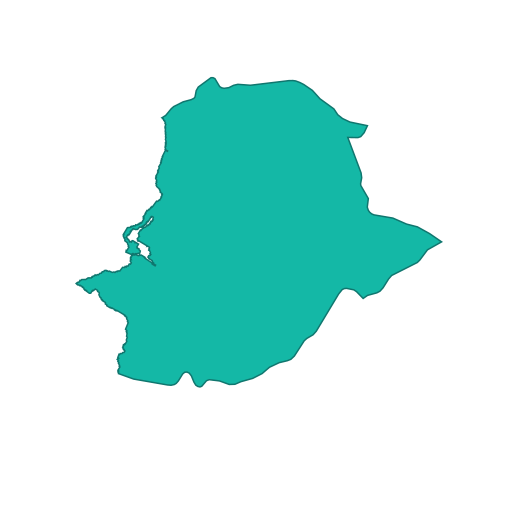 outline of La Isabela, Puerto Plata, Dominican Republic, rotated 301°
{"feature_id": "3306468B2817273614412", "entity_name": "La Isabela", "entity_type": "district", "adm_level": 2, "iso_a3": "DOM", "parent_name": "Dominican Republic", "parent_adm1": "Puerto Plata", "projection": "equal_earth", "projection_center": [-71.164, 19.801], "detail": "fine", "context": "isolated", "style": "filled", "palette": "teal", "viewbox_px": 512, "rotation_deg": 301, "n_neighbors": 0, "source": "geoboundaries", "source_scale": "gbopen_adm2", "svg_char_len": 6150}
<svg xmlns="http://www.w3.org/2000/svg" viewBox="0 0 512 512"><g transform="rotate(301 256 256)"><path d="M274.8,369.7L279.7,371.9L286.7,378.6L289.7,380.4L294.2,381.3L304.7,381.5L309.2,382.3L333.5,397.6L336.9,398.5L349.6,399.8L363.7,407.8L364.6,393.3L364.1,379.3L360.9,368.6L359.0,353.8L352.0,335.9L351.7,333.3L352.1,330.7L353.1,328.6L355.2,326.2L363.1,322.7L370.4,309.5L371.9,308.4L377.5,306.3L381.3,303.3L404.9,273.6L410.0,282.4L412.3,284.3L417.4,285.2L425.1,284.4L419.2,267.5L418.4,259.4L419.2,253.3L422.2,247.0L423.7,229.9L427.0,219.0L427.6,208.6L427.3,204.2L426.5,199.9L425.4,197.3L423.2,193.8L399.5,163.3L393.8,152.0L390.8,148.9L386.3,146.0L383.3,142.3L382.5,140.0L382.5,137.6L386.9,129.4L386.7,127.3L385.7,125.6L371.1,119.5L366.9,119.6L361.0,121.8L359.2,121.6L356.6,119.9L350.7,114.2L341.7,108.5L338.6,107.5L330.0,106.2L326.1,104.2L326.1,105.3L325.6,105.3L325.6,106.4L324.8,107.0L324.8,108.1L324.4,108.1L323.5,109.8L322.7,109.8L322.3,110.9L319.8,111.5L319.8,112.1L318.9,112.1L318.9,112.6L315.6,114.3L315.6,114.9L313.9,115.4L313.9,116.0L311.4,117.1L311.4,117.7L309.3,118.3L308.0,119.9L306.8,119.9L306.8,120.5L305.9,120.5L305.9,121.1L304.7,121.1L304.7,121.6L303.4,121.6L303.4,122.2L302.1,122.2L301.3,123.3L300.5,123.3L300.5,126.1L300.1,126.1L300.1,123.9L292.9,124.5L292.9,125.0L290.4,125.0L290.4,125.6L288.7,125.6L288.7,126.1L287.1,126.1L287.1,126.7L282.4,126.7L281.6,127.8L278.7,127.8L278.7,128.4L277.4,128.4L277.4,129.0L273.2,129.0L273.2,129.5L272.0,129.5L272.0,130.1L270.7,130.1L269.9,131.8L268.2,132.3L268.2,132.9L266.5,132.9L266.1,134.0L265.2,134.0L264.4,135.2L263.6,139.1L263.1,139.1L262.3,140.8L261.5,140.8L261.0,143.6L260.2,143.6L260.2,144.2L257.7,144.2L257.7,144.7L254.3,144.7L254.3,144.2L252.2,143.6L251.8,142.5L244.7,141.9L244.7,141.3L243.4,141.3L243.4,140.8L240.9,140.8L240.9,140.2L238.8,139.7L238.8,139.1L235.5,139.1L235.5,139.7L231.7,139.1L231.7,139.7L230.9,139.7L230.9,140.2L230.0,140.2L230.0,140.8L225.4,140.8L225.4,140.2L224.6,140.2L224.6,139.7L223.7,139.7L223.7,139.1L222.5,139.1L222.5,138.5L221.2,138.0L220.8,136.8L219.5,136.8L218.7,135.2L217.8,135.2L217.4,134.0L216.6,134.0L216.6,133.5L215.8,133.5L214.1,131.2L206.1,131.2L206.1,131.8L204.9,131.8L204.0,132.9L204.0,134.0L203.2,134.0L202.8,135.2L201.5,135.7L201.1,139.1L200.2,139.7L199.4,141.3L198.6,141.3L198.1,142.5L193.9,142.5L193.9,141.9L192.3,142.5L193.1,148.1L194.8,149.2L194.8,150.9L196.0,151.5L196.5,152.6L197.7,153.7L197.7,154.9L198.1,154.3L198.6,154.9L200.7,154.3L201.1,152.6L201.9,152.0L201.5,150.4L201.9,150.4L202.3,149.2L205.7,149.2L205.7,145.3L205.3,145.3L205.7,144.7L205.7,142.5L205.3,141.9L203.6,141.9L203.6,140.2L203.2,140.2L204.4,138.5L204.4,136.8L204.9,136.8L205.3,135.2L207.8,135.2L207.8,135.7L209.0,135.7L209.0,136.3L212.0,136.3L212.0,135.7L212.8,135.7L212.8,136.3L215.3,136.3L215.3,136.8L216.2,136.8L216.6,139.0L217.8,140.8L220.8,141.3L221.6,143.0L222.5,143.0L222.5,143.6L223.3,143.6L223.3,144.2L225.0,144.2L225.0,144.7L226.2,144.7L226.2,145.3L228.3,145.3L228.3,144.7L228.8,144.7L228.8,145.3L230.0,145.3L230.0,145.9L235.5,145.9L235.5,146.4L236.3,146.4L236.3,148.1L234.2,148.7L234.2,149.2L232.5,149.2L232.5,148.7L231.3,148.7L231.3,148.1L229.2,148.7L229.2,148.1L227.1,148.1L227.1,147.5L226.2,147.5L226.2,147.0L223.7,146.4L222.9,145.3L222.0,145.3L222.0,144.7L218.7,144.2L218.7,143.6L214.5,143.6L214.1,144.7L212.8,145.3L212.8,145.9L209.5,145.3L209.0,146.4L208.6,146.4L208.6,147.5L208.2,147.5L208.6,148.1L208.6,157.7L208.2,157.7L208.6,158.2L208.6,159.9L208.2,160.5L206.9,160.5L206.9,161.1L205.7,161.1L205.7,162.2L204.4,163.9L203.2,163.9L203.2,165.0L201.9,165.0L201.1,163.9L199.4,163.9L199.0,165.6L198.6,165.6L198.6,169.5L197.7,170.1L197.3,171.8L196.5,171.8L196.5,174.6L195.6,174.6L195.6,171.2L196.5,170.1L196.9,162.2L197.3,162.2L197.3,161.1L197.7,161.1L197.7,157.1L195.6,154.9L195.2,152.0L194.4,151.5L193.5,149.8L192.7,149.8L192.7,149.2L190.2,149.2L190.2,149.8L188.9,149.8L188.5,150.9L188.1,150.4L186.8,150.9L186.0,152.6L184.3,152.6L183.9,151.5L181.4,151.5L180.9,150.4L179.7,150.4L179.7,149.2L178.4,149.2L177.6,147.5L173.0,147.0L172.1,145.3L171.3,145.3L170.9,144.2L169.2,143.6L169.2,142.5L167.9,141.3L167.5,138.0L166.7,137.4L166.7,135.7L166.3,135.7L166.3,134.6L165.4,133.5L164.2,133.5L163.3,132.3L161.6,132.3L160.8,131.2L158.7,130.6L158.3,129.5L157.0,129.0L157.0,127.8L155.8,127.8L154.9,126.7L153.7,126.7L153.7,126.1L152.4,126.1L150.7,123.3L148.2,122.2L146.1,118.8L144.5,118.3L144.5,117.7L142.4,117.7L141.5,116.6L139.8,116.0L139.4,117.7L139.8,117.7L139.8,120.5L140.3,120.5L140.3,123.3L139.8,123.3L139.8,125.0L139.0,125.6L139.0,127.3L138.6,127.3L139.0,128.4L138.6,128.4L138.2,132.3L139.0,133.5L141.9,133.5L141.9,134.0L142.8,134.0L142.8,134.6L144.9,135.2L144.9,138.0L144.0,138.5L144.0,140.2L143.6,140.8L141.9,141.3L140.3,143.6L140.3,144.7L139.4,145.3L139.4,146.4L139.0,146.4L139.0,147.5L138.6,147.5L138.6,150.9L137.3,151.5L137.3,153.2L136.5,153.7L136.5,157.7L136.9,157.7L136.9,159.4L137.3,159.4L137.3,162.7L136.9,162.7L136.9,163.9L137.3,163.9L137.3,165.0L137.7,165.0L137.7,174.0L137.3,174.0L137.3,175.1L136.9,175.1L136.9,176.8L135.6,177.4L134.4,179.6L133.5,179.6L133.1,180.8L126.0,181.9L125.6,183.6L124.7,183.6L124.7,184.1L123.5,184.6L123.5,185.3L120.5,186.4L120.1,187.5L117.2,188.1L116.3,189.2L113.0,189.2L113.0,188.7L111.7,188.7L111.7,188.1L111.3,188.1L111.3,188.7L109.2,188.7L109.2,189.2L108.0,189.8L108.0,190.9L107.5,190.9L107.1,192.6L105.4,192.6L104.6,191.5L103.4,191.4L102.5,189.9L101.2,189.8L101.2,189.2L97.9,189.8L97.9,190.3L97.0,190.3L97.1,190.9L95.9,190.3L95.4,192.0L94.5,191.9L94.1,193.2L93.3,193.2L92.0,195.4L91.1,195.4L90.8,196.5L87.0,196.5L87.0,197.1L86.1,197.1L86.1,197.7L85.3,197.7L84.9,198.8L84.4,198.8L87.5,214.5L99.9,246.6L101.5,249.8L103.8,252.2L105.7,253.2L108.9,253.8L117.1,253.9L119.7,254.8L121.0,256.7L121.2,259.1L120.0,262.3L115.9,267.8L114.3,270.9L114.2,273.2L114.9,275.4L116.4,276.6L123.6,277.8L125.9,279.6L130.1,289.0L132.1,299.2L135.2,304.0L140.5,307.8L149.4,316.2L158.4,321.8L167.5,324.8L176.5,330.8L182.4,336.8L185.4,339.1L190.0,340.4L208.1,341.0L211.5,342.0L217.9,345.5L222.6,346.4L266.1,346.4L271.7,347.2L273.6,348.5L274.9,350.3L277.4,357.3L277.2,360.6L274.8,369.7Z" fill="#14b8a6" stroke="#0f766e" stroke-width="1.5"/></g></svg>